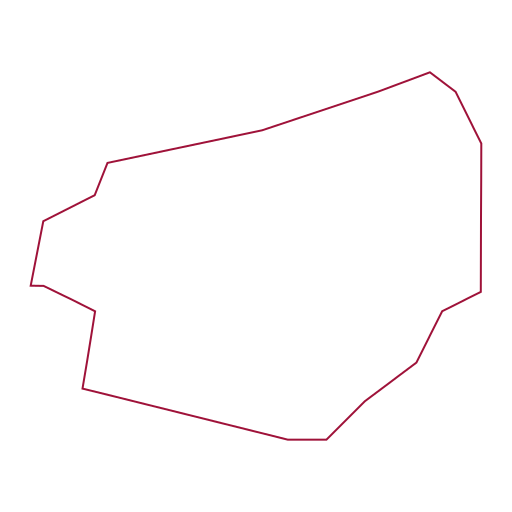 the district of Terschelling, Netherlands
{"feature_id": "6326949B18188251014258", "entity_name": "Terschelling", "entity_type": "district", "adm_level": 2, "iso_a3": "NLD", "parent_name": "Netherlands", "parent_adm1": "", "projection": "mercator", "projection_center": [5.382, 53.344], "detail": "fine", "context": "isolated", "style": "outline", "palette": "rose", "viewbox_px": 512, "rotation_deg": 0, "n_neighbors": 0, "source": "geoboundaries", "source_scale": "gbopen_adm2", "svg_char_len": 686}
<svg xmlns="http://www.w3.org/2000/svg" viewBox="0 0 512 512"><path d="M429.9,72.3L397.5,84.4L378.2,91.6L339.5,104.5L300.8,117.4L262.1,130.3L249.8,132.9L236.0,135.8L171.9,149.3L107.5,162.9L94.7,195.2L83.2,201.0L43.3,221.2L36.4,256.5L30.7,285.7L43.6,285.9L63.3,295.5L70.0,298.7L95.1,311.3L91.0,337.1L87.2,360.6L82.5,388.6L114.6,396.5L146.7,404.5L185.3,414.1L223.8,423.7L255.9,431.7L287.9,439.7L326.4,439.7L345.7,420.4L364.9,401.2L390.7,381.9L398.1,376.3L416.4,362.6L429.3,336.9L429.5,336.4L442.2,311.2L455.1,304.8L467.9,298.3L480.8,291.9L480.9,254.9L481.0,217.8L481.2,180.7L481.3,143.5L473.3,127.5L472.3,125.4L455.6,91.8L429.9,72.3Z" fill="none" stroke="#9f1239" stroke-width="2"/></svg>